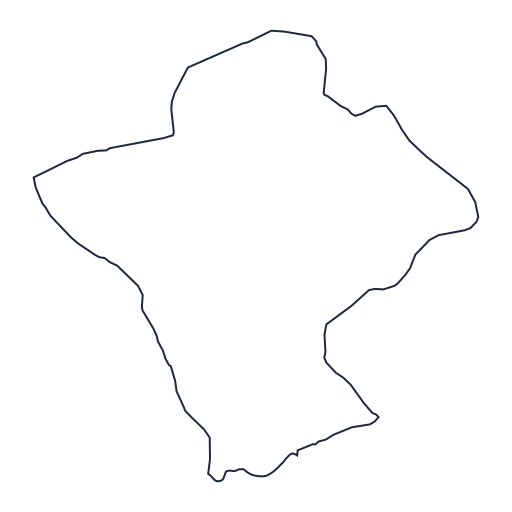 the district of Sololá, Sololá, Guatemala
{"feature_id": "79465075B95687067740249", "entity_name": "Sololá", "entity_type": "district", "adm_level": 2, "iso_a3": "GTM", "parent_name": "Guatemala", "parent_adm1": "Sololá", "projection": "orthographic", "projection_center": [-91.179, 14.817], "detail": "fine", "context": "isolated", "style": "outline", "palette": "slate", "viewbox_px": 512, "rotation_deg": 0, "n_neighbors": 0, "source": "geoboundaries", "source_scale": "gbopen_adm2", "svg_char_len": 1887}
<svg xmlns="http://www.w3.org/2000/svg" viewBox="0 0 512 512"><path d="M271.4,30.7L247.5,42.4L242.3,43.6L187.9,67.5L174.7,92.8L171.9,101.5L171.3,109.2L173.8,132.2L173.1,135.2L163.6,138.1L110.0,148.1L106.2,150.4L97.7,150.8L82.7,153.9L76.9,157.6L67.3,160.9L33.7,177.4L35.6,187.2L42.4,203.5L45.5,207.4L50.4,215.7L71.0,237.4L78.4,243.7L94.6,254.6L99.3,257.2L104.5,258.0L109.9,262.2L117.1,265.6L138.1,285.9L142.7,295.1L141.9,306.7L142.5,310.4L153.5,328.8L156.7,335.9L158.0,341.6L162.9,350.5L165.6,359.0L168.9,364.9L170.8,366.2L175.1,380.7L176.6,391.4L183.3,406.0L185.2,410.7L191.3,417.1L204.0,429.4L209.7,437.6L210.0,459.2L208.2,473.8L210.4,475.5L214.2,479.5L215.4,480.6L217.4,481.3L220.4,480.9L222.3,479.9L223.3,478.7L224.5,475.5L226.0,471.7L227.1,471.0L228.8,470.7L231.2,470.7L232.7,471.0L234.6,471.1L236.5,470.4L239.0,469.3L241.9,469.2L243.8,469.4L245.6,470.9L246.7,471.8L248.3,472.9L250.1,473.9L251.8,474.7L253.7,475.3L255.5,475.7L258.9,476.2L261.2,476.3L263.5,476.3L266.1,475.8L268.3,474.9L272.3,472.4L274.0,471.1L275.4,470.0L283.2,462.2L286.4,458.1L289.5,455.0L291.3,453.7L293.4,453.6L295.1,454.2L297.1,455.4L297.7,450.3L313.0,444.1L315.2,444.5L318.7,441.5L325.8,439.6L333.4,434.8L351.8,427.3L369.8,424.4L374.5,421.7L378.6,417.1L376.0,414.4L372.5,413.1L363.9,403.2L350.6,384.6L343.3,377.7L335.8,372.7L326.4,362.6L324.3,357.8L325.4,351.7L324.5,334.7L326.3,324.4L351.4,305.9L369.0,290.1L375.0,288.9L383.4,289.4L394.3,285.9L397.3,283.9L405.1,275.1L409.9,268.5L415.4,254.6L426.9,242.7L429.5,240.0L438.8,235.1L465.1,230.2L470.6,227.9L476.5,221.8L478.3,217.0L475.2,202.0L467.9,188.9L427.2,157.3L418.7,149.5L409.3,140.5L401.8,129.5L394.0,115.6L386.3,105.8L375.7,106.7L361.8,113.8L355.3,115.8L351.3,113.6L347.8,109.5L340.5,105.9L327.9,96.3L324.5,94.9L323.7,92.9L326.1,69.0L325.7,59.0L316.7,44.3L316.3,41.3L311.6,36.2L284.4,31.6L271.4,30.7Z" fill="none" stroke="#1e293b" stroke-width="2"/></svg>